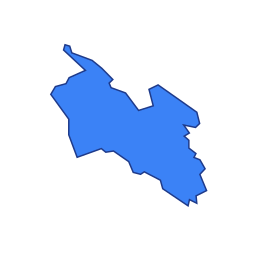 SVG path tracing the border of Utenos, rotated 217°
{"feature_id": "LTU-1074", "entity_name": "Utenos", "entity_type": "County", "adm_level": 1, "iso_a3": "LTU", "parent_name": "Lithuania", "parent_adm1": "", "projection": "robinson", "projection_center": [25.525, 55.493], "detail": "coarse", "context": "isolated", "style": "filled", "palette": "blue", "viewbox_px": 256, "rotation_deg": 217, "n_neighbors": 0, "source": "natural_earth", "source_scale": "10m", "svg_char_len": 741}
<svg xmlns="http://www.w3.org/2000/svg" viewBox="0 0 256 256"><g transform="rotate(217 128 128)"><path d="M209.9,108.4L210.9,117.4L204.2,126.1L205.3,132.8L196.7,148.4L226.4,151.5L228.4,156.6L223.8,158.3L218.1,154.2L197.3,160.4L184.8,159.9L169.3,157.6L170.1,152.5L165.8,150.0L151.0,154.5L130.1,148.4L121.2,160.9L134.5,171.5L129.9,180.5L82.5,182.0L73.5,174.7L74.4,169.1L85.3,163.9L76.0,160.9L78.2,155.3L72.0,154.8L67.3,148.6L58.4,148.5L57.6,144.2L51.4,145.9L41.9,141.8L42.7,134.2L27.6,125.3L32.8,114.8L27.8,109.3L35.8,107.8L33.2,102.0L63.7,100.4L70.7,105.8L88.6,102.8L90.1,98.6L97.1,95.7L107.2,101.6L125.7,100.9L131.2,95.3L136.9,95.5L151.0,74.0L171.2,86.9L180.6,99.4L209.9,108.4Z" fill="#3b82f6" stroke="#1e3a8a" stroke-width="1.5"/></g></svg>